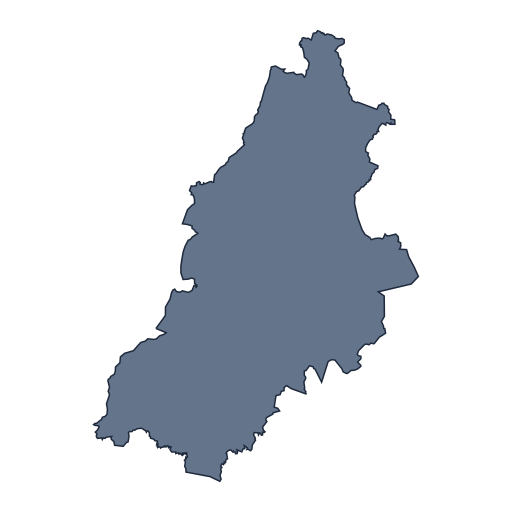 Nochistlán de Mejía, Zacatecas, Mexico
{"feature_id": "50627088B22182253639987", "entity_name": "Nochistlán de Mejía", "entity_type": "district", "adm_level": 2, "iso_a3": "MEX", "parent_name": "Mexico", "parent_adm1": "Zacatecas", "projection": "albers", "projection_center": [-102.872, 21.436], "detail": "fine", "context": "isolated", "style": "filled", "palette": "slate", "viewbox_px": 512, "rotation_deg": 0, "n_neighbors": 0, "source": "geoboundaries", "source_scale": "gbopen_adm2", "svg_char_len": 6028}
<svg xmlns="http://www.w3.org/2000/svg" viewBox="0 0 512 512"><path d="M384.4,316.4L384.2,296.0L378.3,291.8L411.3,284.0L418.4,276.5L414.3,267.3L408.7,256.8L406.6,249.6L399.5,249.2L400.8,246.4L400.6,242.7L397.9,241.4L398.6,240.5L398.2,236.7L395.8,234.1L388.4,236.0L386.5,235.5L385.1,234.0L383.2,238.3L381.5,238.9L380.1,238.1L375.4,238.4L371.3,239.7L369.7,237.4L365.1,234.6L362.1,229.8L357.8,217.9L354.5,203.4L354.9,197.3L354.3,195.3L356.6,191.6L358.8,190.8L361.4,187.1L363.6,186.7L364.7,185.0L366.0,184.3L366.5,182.6L368.3,181.9L369.5,180.4L369.2,179.9L370.7,179.6L370.6,177.0L371.2,176.7L372.2,173.7L373.8,172.5L374.9,169.5L377.6,168.4L378.0,165.8L369.3,161.9L369.9,159.1L367.8,155.1L368.4,153.1L365.6,151.6L365.7,147.6L367.8,143.2L370.0,140.0L372.3,139.2L373.3,137.1L372.8,136.0L374.3,134.3L375.9,134.1L376.9,133.1L377.2,131.4L378.7,131.5L378.0,129.3L379.1,126.9L382.2,123.2L385.8,125.1L385.8,123.3L387.2,122.6L389.6,124.0L390.7,123.2L390.5,124.3L394.9,124.3L394.8,120.6L394.5,119.7L390.7,119.3L390.9,115.1L388.5,111.9L389.1,109.5L387.8,108.4L387.7,106.4L384.3,104.4L384.0,103.3L381.9,103.3L381.0,104.5L378.8,105.2L376.9,109.4L357.5,102.1L356.2,102.7L352.1,100.4L351.6,97.4L348.8,92.9L349.6,88.4L348.3,86.8L347.5,86.8L347.5,85.6L346.5,85.1L346.6,82.1L344.6,79.2L344.6,78.0L342.5,75.5L343.3,70.3L342.9,68.3L340.4,65.2L340.9,60.3L340.4,58.6L339.0,57.7L337.9,52.9L335.0,51.0L338.4,46.3L342.7,44.4L344.2,43.1L344.2,39.7L342.0,38.4L339.1,38.9L335.0,38.3L334.7,37.0L331.5,34.9L327.1,34.0L325.4,35.0L324.5,34.7L324.1,33.6L323.1,33.7L322.7,32.6L321.3,33.0L320.5,31.8L317.6,30.7L316.2,32.7L313.3,33.3L311.3,40.0L308.1,38.2L306.3,38.6L303.5,37.6L302.0,38.4L301.8,40.7L300.6,41.2L299.5,43.5L299.5,45.0L301.0,44.7L301.3,45.3L300.6,46.2L300.9,47.0L302.4,47.6L303.7,52.0L304.4,57.4L306.9,59.2L309.2,63.0L308.0,69.2L306.3,70.6L306.4,73.1L305.2,76.4L304.3,77.2L302.7,74.7L301.5,74.0L296.4,74.6L294.2,73.2L293.8,72.3L287.0,73.3L284.9,72.6L283.1,71.4L284.9,69.1L281.2,69.2L275.5,66.0L271.6,66.9L271.0,67.5L271.2,69.1L270.4,70.2L269.5,76.6L267.6,82.3L265.4,86.3L261.3,101.3L260.5,101.9L260.0,105.8L258.0,109.2L257.7,110.4L258.3,111.4L257.7,113.5L255.7,114.9L254.4,117.0L254.3,120.8L252.8,123.5L245.7,128.1L244.3,131.9L244.6,132.7L243.1,133.8L243.6,134.8L242.4,137.9L244.1,142.2L243.5,142.6L243.8,144.0L244.4,144.8L237.5,151.1L236.4,152.8L229.2,157.5L228.1,161.4L226.1,163.0L225.4,164.7L220.5,167.5L218.0,170.5L216.4,173.2L214.6,174.7L213.6,182.3L212.8,182.5L211.4,181.5L209.4,181.9L205.1,183.8L203.6,182.9L203.4,184.2L202.2,184.7L200.0,184.1L200.2,182.5L199.1,181.5L196.6,182.8L196.3,185.6L193.5,186.2L191.2,185.9L189.5,190.6L191.8,192.8L191.1,194.6L193.0,195.0L194.3,198.1L194.6,203.6L192.0,205.2L187.5,209.7L182.4,223.8L187.6,224.5L192.1,226.0L192.0,228.2L194.7,230.3L195.4,231.9L197.0,232.4L197.8,233.4L192.5,236.8L190.2,239.6L188.2,240.2L185.1,246.2L183.2,251.9L181.7,260.4L180.9,266.0L180.9,272.9L183.1,279.5L188.5,279.1L191.4,278.0L194.5,279.1L194.6,283.4L196.8,285.2L197.0,286.3L196.1,287.2L195.3,285.5L194.1,285.4L192.0,290.5L188.3,292.4L182.4,290.8L180.1,292.2L176.5,291.6L174.7,289.1L172.9,290.1L171.5,292.9L170.0,299.1L165.5,307.0L165.4,314.9L164.9,316.2L156.3,328.0L156.5,328.7L166.1,332.7L163.9,334.4L159.8,335.7L156.2,339.0L153.6,339.4L147.7,338.8L145.6,341.0L140.7,342.5L133.4,350.7L124.6,353.3L120.4,356.9L119.9,362.8L115.5,367.0L115.3,371.3L114.4,374.1L110.7,376.5L109.9,378.2L108.3,379.3L107.9,380.7L109.5,387.3L108.2,391.2L109.5,394.7L106.5,403.8L107.4,409.0L107.0,414.4L105.1,416.4L102.3,417.3L101.6,419.3L96.6,423.3L95.0,423.4L93.6,424.6L95.0,425.4L98.5,425.8L99.1,426.9L97.4,430.1L95.3,432.1L96.9,433.7L96.3,436.0L96.7,437.4L97.5,438.4L101.6,437.9L102.3,439.6L103.3,437.9L105.0,438.4L106.3,437.2L111.6,436.5L111.0,437.3L111.3,439.3L113.9,441.7L114.6,445.3L123.2,446.3L126.3,442.6L128.1,441.9L129.0,436.4L128.5,432.4L129.6,431.6L132.0,431.6L133.1,430.2L134.7,430.2L136.9,428.8L141.5,428.2L145.7,430.8L146.4,432.3L147.1,431.1L148.2,431.1L149.4,432.9L149.4,436.1L150.3,436.5L150.6,438.2L153.9,439.2L154.9,440.7L157.4,441.1L156.7,444.5L157.8,443.8L157.9,445.3L157.1,446.3L157.7,447.6L158.5,446.9L160.0,447.1L160.6,448.1L161.4,447.3L164.1,446.9L163.8,446.4L164.7,445.9L166.0,446.9L166.2,446.2L167.7,445.7L168.5,447.5L169.1,446.5L169.7,446.5L170.0,447.7L170.9,447.3L170.0,449.6L171.7,452.0L175.7,452.0L175.8,453.6L178.2,452.8L179.0,454.2L180.0,453.2L182.3,455.5L183.7,454.2L182.3,454.0L182.4,453.2L187.4,452.8L185.2,453.6L187.2,455.3L187.4,456.9L186.7,457.0L186.3,458.2L185.8,457.5L185.6,459.0L184.4,460.2L185.4,461.7L184.7,466.4L185.9,468.7L186.0,472.1L210.0,476.6L219.8,481.3L221.1,479.2L220.0,475.4L221.4,471.5L220.6,469.1L221.9,467.3L220.6,466.3L221.8,463.9L223.4,464.6L223.7,463.5L224.6,463.5L224.3,462.0L225.6,462.2L225.9,459.7L227.5,458.8L226.7,453.7L226.1,453.5L226.7,452.1L228.4,450.5L230.6,449.8L232.8,452.0L233.4,451.3L233.7,452.0L235.1,452.0L235.5,453.7L237.0,453.7L237.6,452.1L236.9,449.8L241.8,451.9L243.0,449.0L244.8,448.6L244.3,445.6L247.4,448.0L246.9,449.4L247.6,449.1L250.7,450.7L251.8,449.3L252.4,444.8L255.5,440.3L255.0,439.3L255.4,438.3L253.6,434.9L254.1,432.6L258.1,432.8L258.5,434.9L259.6,433.0L260.6,433.2L261.3,435.2L262.5,435.0L262.8,432.2L264.3,432.4L265.0,431.8L263.4,430.1L262.6,427.1L266.9,421.5L265.8,419.9L266.3,417.7L272.9,414.1L273.1,412.8L279.6,411.0L277.8,408.3L274.2,407.1L276.0,395.6L280.1,394.7L281.3,391.3L284.0,390.7L284.2,387.4L286.6,385.6L291.1,388.6L306.5,394.1L305.5,393.0L305.8,391.6L304.2,389.2L304.7,388.2L303.9,381.9L305.7,378.5L305.5,376.8L304.3,375.3L304.3,370.9L306.0,370.6L309.4,365.8L313.2,366.8L313.7,368.5L315.1,369.2L321.6,382.2L328.1,361.7L330.3,360.2L332.2,359.7L335.0,360.1L341.9,368.8L343.1,371.8L345.9,373.3L347.3,373.5L351.0,370.5L354.7,370.2L357.7,368.9L360.9,366.3L360.6,365.1L357.6,362.1L360.9,358.7L360.9,356.3L358.7,355.8L357.2,354.4L358.6,350.7L364.7,344.4L366.7,344.1L369.0,344.8L370.9,343.1L373.6,343.8L374.3,343.5L379.3,337.2L385.6,333.2L384.8,328.6L383.7,328.5L383.5,326.1L381.4,321.5L384.4,316.4Z" fill="#64748b" stroke="#1e293b" stroke-width="1.5"/></svg>